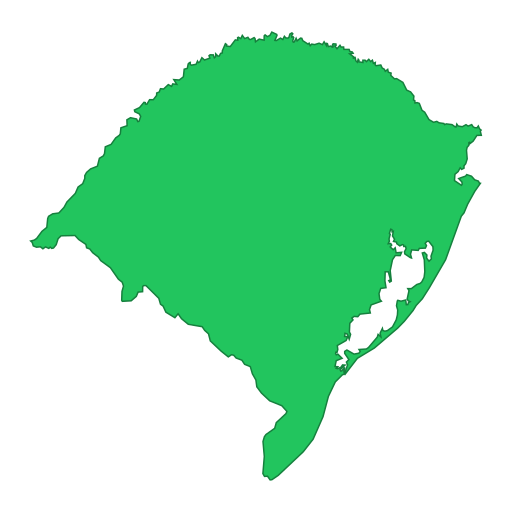 SVG path tracing the border of Rio Grande do Sul
{"feature_id": "BRA-612", "entity_name": "Rio Grande do Sul", "entity_type": "State", "adm_level": 1, "iso_a3": "BRA", "parent_name": "Brazil", "parent_adm1": "", "projection": "robinson", "projection_center": [-52.79, -30.407], "detail": "fine", "context": "isolated", "style": "filled", "palette": "green", "viewbox_px": 512, "rotation_deg": 0, "n_neighbors": 0, "source": "natural_earth", "source_scale": "10m", "svg_char_len": 5940}
<svg xmlns="http://www.w3.org/2000/svg" viewBox="0 0 512 512"><path d="M36.5,247.2L33.3,245.9L32.2,242.4L30.7,241.0L34.3,240.1L36.7,238.4L42.0,231.3L46.8,227.4L47.7,218.5L48.6,216.3L52.7,213.8L58.8,213.0L64.0,207.4L67.0,201.9L75.3,193.4L78.1,187.0L82.7,183.7L84.8,178.4L84.8,175.6L86.6,172.4L90.6,168.9L97.4,166.2L99.4,158.3L103.3,155.9L104.5,153.6L105.3,146.8L111.1,144.4L115.7,137.9L119.3,135.3L120.3,133.8L120.9,127.8L127.1,125.7L126.9,119.8L130.5,117.7L136.6,119.0L137.8,121.6L139.0,121.3L140.7,116.4L139.3,113.9L134.8,111.7L134.4,110.0L139.5,107.6L144.0,102.3L145.3,102.6L145.5,104.1L146.9,104.2L149.6,99.7L153.3,99.7L156.6,95.4L156.7,93.0L159.2,92.0L160.5,88.7L163.6,89.0L168.3,84.6L171.6,86.4L172.7,83.9L176.8,84.4L173.8,79.6L179.3,80.0L183.4,76.8L184.2,69.2L187.3,68.4L188.2,63.9L189.5,62.6L190.3,62.4L190.2,64.2L191.3,65.2L196.1,64.3L197.5,61.1L198.3,62.6L199.8,61.9L201.9,57.7L204.5,60.0L209.9,58.1L209.0,55.7L210.1,54.8L213.3,54.9L214.3,57.8L215.7,56.6L215.7,53.8L218.0,56.1L219.2,56.1L220.6,53.4L222.3,52.9L222.3,50.9L225.4,43.7L226.7,44.6L226.5,46.1L230.3,46.5L235.3,39.9L237.8,40.2L237.6,37.7L238.4,37.2L240.8,38.6L242.3,35.4L244.7,38.6L247.9,37.3L249.4,39.4L250.7,39.5L254.1,37.6L255.0,38.5L255.5,41.8L259.2,39.1L264.1,40.2L264.2,35.8L265.1,34.9L267.4,36.6L269.9,35.4L271.8,32.1L276.7,34.4L277.0,35.3L274.9,40.4L276.3,40.6L280.5,38.1L282.8,39.5L284.4,36.3L285.8,37.9L287.9,38.1L288.9,37.4L289.9,34.0L291.9,32.9L292.8,33.8L291.6,35.7L291.8,37.1L293.0,36.7L293.7,37.5L292.7,41.1L293.3,42.2L294.3,41.9L296.1,38.3L297.1,40.9L300.5,38.1L301.8,38.3L302.8,40.7L308.0,44.1L309.1,43.2L310.2,45.7L311.7,44.1L314.6,44.6L319.1,43.2L322.4,44.6L324.1,41.8L326.4,45.5L326.6,43.4L327.4,43.6L328.3,46.6L331.1,46.0L332.2,47.2L333.1,46.9L332.6,44.4L333.2,43.8L335.9,44.0L336.1,45.3L334.9,46.1L337.0,48.7L340.0,45.3L341.1,47.1L343.6,47.0L343.9,49.4L349.1,49.4L349.8,51.4L352.3,52.0L353.1,53.3L349.6,53.8L354.2,57.3L352.7,58.4L355.1,57.5L355.8,60.7L357.3,62.2L358.2,59.3L359.0,60.3L358.6,61.8L362.9,62.5L362.9,60.2L365.1,60.2L366.4,61.6L368.8,59.3L370.7,61.6L372.4,60.2L373.4,63.4L375.3,62.5L375.1,64.8L376.0,65.7L380.8,65.0L382.2,68.0L384.3,69.2L385.3,71.3L387.7,69.4L388.3,72.2L391.1,73.1L390.8,75.4L394.5,78.9L396.6,78.6L402.9,82.4L406.7,90.1L410.6,91.9L413.9,96.1L413.5,100.0L414.8,100.6L415.0,103.0L417.1,102.6L419.3,103.4L422.0,110.3L424.7,112.2L429.0,119.6L433.6,122.3L436.8,121.4L439.0,122.8L443.9,123.5L444.6,124.6L446.3,123.9L452.0,124.6L455.2,126.9L456.1,126.9L456.8,124.1L458.1,126.0L462.3,126.7L466.0,124.7L468.1,126.1L471.7,124.6L473.2,126.9L474.9,127.7L477.0,127.8L478.3,126.0L479.5,128.8L481.1,130.1L480.3,131.1L481.3,135.3L476.9,135.4L473.1,141.2L470.0,143.6L469.6,142.3L468.9,142.6L468.8,145.4L467.1,147.3L466.5,150.3L467.2,158.9L465.7,163.7L464.0,165.8L464.0,168.2L461.6,169.4L460.2,167.8L458.1,171.6L454.9,174.3L454.5,180.6L461.4,185.3L462.2,184.1L461.9,182.0L458.7,178.5L465.6,176.1L466.7,174.6L471.5,176.2L474.7,179.8L478.4,181.1L479.4,183.1L480.4,183.3L474.8,191.3L467.7,204.1L464.0,212.9L461.3,216.2L445.6,259.7L429.3,287.8L422.3,298.8L416.2,305.4L413.0,310.6L404.4,321.2L397.7,328.1L374.4,348.0L357.4,358.3L345.2,374.1L344.8,372.8L347.6,364.8L346.4,362.1L348.9,359.6L344.7,353.4L344.7,351.4L346.9,350.0L354.0,354.1L358.9,353.2L360.2,351.4L359.0,349.5L366.4,349.0L368.5,347.5L377.3,337.1L378.1,334.4L380.9,336.9L380.1,333.2L382.4,328.4L382.9,330.5L384.9,331.2L387.4,330.6L392.5,326.9L396.2,319.9L397.4,315.0L397.7,310.0L396.5,305.8L397.3,301.0L397.8,300.3L401.0,301.2L405.7,300.0L406.3,304.7L407.8,304.6L408.5,302.6L410.1,301.7L408.2,300.8L407.2,298.9L409.0,290.6L407.8,288.6L411.4,288.6L416.8,284.5L420.2,283.4L421.8,281.9L424.1,277.4L424.8,271.7L424.3,259.8L422.3,253.0L424.4,252.4L426.9,255.0L426.6,258.1L429.0,261.2L431.4,258.9L431.0,256.2L433.1,250.2L432.9,246.6L428.7,241.2L426.8,241.5L425.2,243.3L426.5,245.6L425.4,248.1L419.3,248.4L418.2,250.4L411.7,249.9L410.5,254.2L411.5,258.0L410.3,257.6L404.8,253.9L404.5,251.7L406.1,248.6L405.5,246.4L403.8,246.5L403.5,244.9L402.3,244.6L399.8,245.9L396.8,243.7L396.5,242.1L393.5,241.4L394.5,239.2L392.5,235.9L393.3,231.3L392.1,231.8L391.9,229.6L390.7,229.2L389.4,233.4L390.2,234.3L389.0,239.0L389.4,241.2L388.2,243.7L390.7,243.5L391.7,245.1L390.2,246.9L393.2,249.7L395.2,247.8L396.1,252.8L401.6,252.3L400.2,255.6L395.3,255.5L392.5,259.7L390.2,270.6L391.3,281.1L389.7,282.1L388.8,280.6L390.2,280.2L390.1,278.3L388.3,271.8L385.2,271.8L384.9,280.8L386.0,287.7L380.7,288.4L379.0,293.6L379.8,299.4L381.4,301.2L371.1,304.9L369.5,309.6L370.3,313.0L360.0,314.1L357.8,316.7L354.1,316.4L351.8,318.1L353.0,319.9L349.8,323.3L349.4,332.0L350.6,334.3L349.2,339.2L347.4,334.1L345.0,333.3L344.6,336.5L347.1,336.6L347.4,337.6L346.1,340.5L337.3,345.5L337.8,349.5L337.0,352.3L335.8,352.2L335.6,353.6L336.3,354.8L337.8,354.1L342.1,358.3L336.2,360.7L335.0,366.5L337.7,366.7L336.2,368.3L337.5,368.7L340.9,367.3L342.6,364.9L345.0,365.1L340.1,369.7L340.8,371.1L341.7,370.9L344.7,367.4L343.9,371.1L344.4,374.1L342.4,374.8L335.3,381.9L328.4,396.4L323.0,416.7L313.1,439.2L303.3,451.7L278.2,475.4L271.9,479.7L270.1,479.9L267.5,476.2L264.5,476.4L262.9,473.6L264.3,456.5L263.0,441.5L264.4,436.7L266.0,434.5L274.7,428.3L276.3,422.6L286.0,413.6L286.9,411.4L281.8,405.7L269.7,400.8L261.5,393.1L256.8,386.8L255.9,380.0L252.4,373.8L250.3,366.6L244.6,364.3L241.9,360.2L236.1,358.0L233.8,355.3L231.6,354.7L228.3,356.9L221.1,351.1L210.3,340.9L208.5,333.8L204.7,330.4L202.2,326.7L188.3,324.3L181.5,318.7L178.1,313.8L174.9,317.7L165.9,312.2L163.1,306.1L160.5,304.2L158.8,298.3L146.0,285.6L143.6,285.6L142.7,286.5L142.6,291.7L138.1,292.1L136.3,296.4L131.2,300.8L122.3,301.3L121.7,300.3L122.0,291.4L123.5,286.1L122.2,282.2L118.4,279.2L110.4,267.7L100.7,260.6L98.4,257.1L92.7,252.7L89.8,249.0L86.6,247.8L85.9,244.4L78.7,239.5L75.0,235.5L61.1,235.8L58.1,238.7L56.2,244.7L53.5,248.0L51.7,248.4L50.2,247.1L48.8,248.4L45.5,246.9L42.9,248.8L40.4,246.8L36.5,247.2Z" fill="#22c55e" stroke="#15803d" stroke-width="1.5"/></svg>